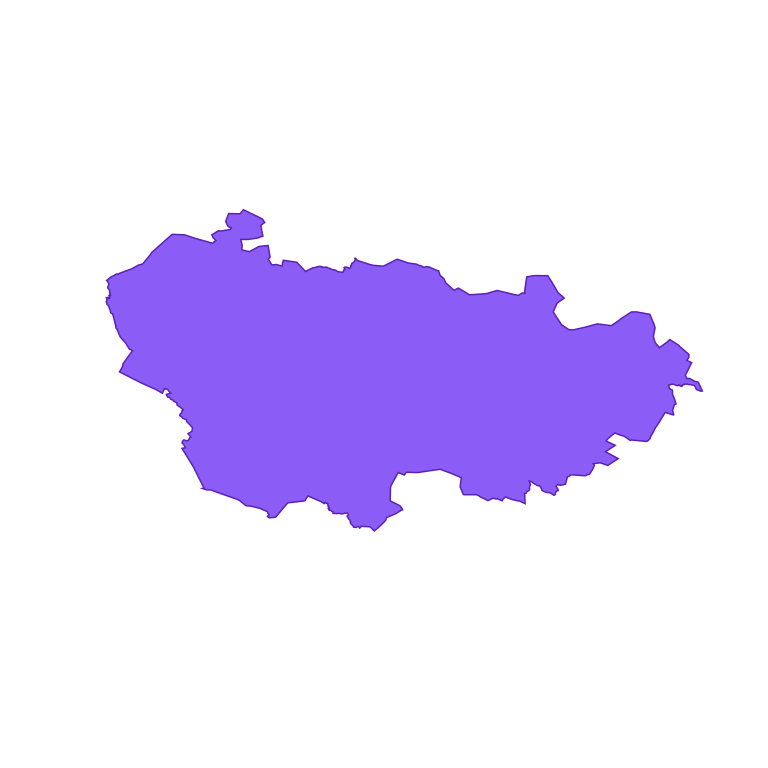 outline of Istras pag., Ludzas, Latvia, rotated 203°
{"feature_id": "27541924B50574350244581", "entity_name": "Istras pag.", "entity_type": "district", "adm_level": 2, "iso_a3": "LVA", "parent_name": "Latvia", "parent_adm1": "Ludzas", "projection": "natural_earth1", "projection_center": [27.965, 56.246], "detail": "fine", "context": "isolated", "style": "filled", "palette": "violet", "viewbox_px": 768, "rotation_deg": 203, "n_neighbors": 0, "source": "geoboundaries", "source_scale": "gbopen_adm2", "svg_char_len": 6140}
<svg xmlns="http://www.w3.org/2000/svg" viewBox="0 0 768 768"><g transform="rotate(203 384 384)"><path d="M510.4,216.9L507.4,217.1L505.6,217.4L502.0,218.8L491.8,219.3L473.9,220.5L471.3,220.3L463.8,218.1L463.1,218.1L458.7,219.6L449.7,221.0L446.9,221.0L441.6,220.9L440.6,219.8L438.8,219.0L438.8,218.7L439.6,216.8L438.2,216.0L436.9,216.2L432.3,218.7L431.6,219.3L427.0,234.4L426.1,237.0L412.2,244.9L411.2,245.7L411.0,245.9L411.0,247.5L410.3,251.3L395.7,251.1L393.9,250.7L393.3,250.9L392.3,250.5L392.0,250.8L392.1,251.5L391.9,252.1L391.5,252.2L390.4,251.7L389.4,252.0L388.9,251.8L388.8,251.1L388.1,250.6L388.0,250.1L387.4,249.8L387.5,249.5L386.6,249.1L386.0,248.6L386.0,248.3L386.7,247.8L386.0,247.4L385.8,246.7L384.8,246.4L384.4,246.7L383.7,246.8L381.9,246.3L380.9,246.5L380.7,246.2L380.6,245.2L380.2,245.1L376.2,246.5L374.7,247.5L373.5,247.5L371.1,248.5L368.8,250.2L367.3,250.7L366.3,250.5L365.9,250.1L365.9,249.1L366.4,248.3L366.2,247.7L364.8,247.0L364.3,246.2L362.0,245.2L361.0,244.1L361.2,243.8L360.7,243.1L359.1,242.0L356.9,241.3L356.4,240.6L355.7,240.4L353.9,240.9L353.3,241.4L352.4,242.8L351.9,242.9L350.1,241.9L349.2,244.0L349.0,244.3L341.2,247.0L340.6,247.0L335.5,244.9L332.4,251.3L329.9,257.0L329.2,259.4L329.6,261.9L322.5,269.2L319.5,273.4L319.0,274.4L317.7,275.5L319.5,276.9L322.0,278.2L332.6,278.8L337.6,291.4L337.8,293.5L337.7,294.6L336.3,308.1L329.8,308.1L328.9,311.5L318.3,315.7L299.2,327.4L286.6,328.0L276.3,328.0L273.7,319.0L267.9,313.4L266.9,313.4L255.7,318.2L253.0,318.2L251.6,317.7L242.7,317.3L239.1,321.4L235.7,322.0L235.2,322.7L229.7,322.6L229.4,324.4L228.0,327.6L224.0,327.5L220.7,327.7L215.2,328.7L213.6,329.2L207.4,329.0L210.8,336.1L210.7,336.2L211.3,336.7L211.5,337.1L211.5,338.0L210.5,339.0L210.3,341.1L209.0,342.4L208.8,343.6L208.9,344.4L209.7,345.5L209.9,348.7L212.5,351.5L209.7,351.7L208.1,351.1L202.8,350.5L201.0,350.9L198.9,350.1L198.5,349.3L197.3,348.1L195.4,347.6L191.3,347.8L189.6,348.6L187.6,348.6L185.6,348.3L184.7,348.0L183.8,348.1L183.2,349.5L183.6,350.3L183.5,352.3L182.9,353.2L181.9,354.0L183.4,355.8L184.6,356.3L185.7,357.2L184.9,359.2L182.1,359.6L177.8,362.7L178.9,370.3L177.4,371.4L176.9,372.7L175.4,373.9L163.2,378.0L162.6,378.4L161.5,379.8L159.6,381.2L158.6,386.8L158.5,391.3L160.2,392.4L154.3,395.9L146.2,396.5L139.3,406.8L153.7,408.2L147.2,417.9L157.3,418.3L156.6,420.9L154.2,425.8L152.3,429.1L146.0,429.3L142.5,429.8L135.3,428.2L134.5,429.1L120.2,433.6L119.1,434.4L117.8,437.6L118.0,439.7L117.4,444.7L117.0,449.9L115.6,457.0L114.1,467.7L105.4,468.6L105.3,469.1L106.3,470.0L108.1,472.8L108.6,478.6L107.4,479.8L111.5,484.6L112.5,485.4L114.3,487.2L115.8,490.5L116.7,491.2L119.4,491.3L121.6,494.2L117.9,496.9L113.5,497.0L112.7,497.4L112.5,498.1L111.9,498.5L110.4,497.8L109.8,498.3L108.9,498.2L108.7,498.6L109.0,499.7L108.4,499.9L107.7,501.2L107.1,501.0L106.6,501.7L105.9,501.8L104.7,502.5L104.0,502.4L100.1,503.6L98.4,503.8L96.8,503.4L94.3,501.0L89.6,501.1L88.2,502.0L95.4,508.4L98.9,507.9L105.3,508.5L106.7,507.3L110.0,509.5L109.1,523.9L114.4,524.0L113.8,527.7L114.8,530.2L115.8,530.7L126.8,534.2L127.8,534.8L138.3,536.6L139.7,533.4L144.6,525.1L150.5,528.0L154.6,532.9L156.4,541.6L158.6,544.3L166.5,552.0L179.9,549.0L184.4,547.0L191.0,537.3L192.9,533.8L197.6,526.5L211.1,522.7L221.0,514.9L231.2,507.6L235.2,506.3L243.7,507.9L256.4,516.5L256.2,526.1L251.7,533.5L259.5,536.1L268.9,543.1L275.5,547.7L287.8,542.6L294.5,538.4L290.7,524.0L289.7,522.6L292.2,521.9L295.0,518.1L299.3,517.2L316.4,514.3L324.5,507.6L327.9,505.7L340.2,499.5L347.2,500.6L353.1,501.3L356.1,497.6L366.6,501.2L370.1,504.4L374.9,506.0L377.9,509.5L381.4,509.2L387.7,509.4L391.2,508.5L392.5,507.2L393.5,506.8L395.6,507.4L397.9,506.9L401.0,507.0L408.7,504.9L420.6,504.0L430.3,492.6L431.3,492.0L440.0,489.1L443.6,488.5L456.3,487.3L459.6,488.6L460.0,488.2L458.7,487.1L459.1,486.1L459.4,484.2L460.7,482.7L460.8,481.4L460.5,480.5L460.8,480.1L460.4,478.2L460.7,476.9L462.6,477.1L464.9,476.8L466.2,475.9L466.3,475.4L465.0,474.4L464.7,473.9L464.8,473.5L465.4,473.3L465.6,472.9L465.4,472.6L465.6,472.4L465.4,471.3L465.7,470.6L470.8,469.3L472.6,469.8L477.9,469.0L478.8,469.3L480.8,469.0L482.3,469.2L485.1,468.0L485.3,467.7L486.8,467.3L486.7,467.6L486.9,467.7L487.8,467.6L489.6,466.9L490.7,466.3L492.6,464.6L495.1,463.0L495.3,462.4L496.1,462.0L496.3,461.5L497.5,460.3L500.1,456.9L511.9,462.0L525.1,458.5L524.0,452.7L529.8,451.9L533.8,449.8L539.3,453.7L538.4,456.3L544.8,466.2L552.8,461.8L559.7,453.2L567.4,451.9L568.5,455.9L572.3,461.1L565.7,463.9L557.8,468.7L553.2,472.8L558.3,480.0L559.2,482.3L556.9,486.1L560.4,488.4L581.5,489.5L583.1,484.4L593.6,480.2L593.3,471.8L589.2,468.1L585.6,468.1L586.0,466.2L593.8,461.1L596.3,460.5L600.7,454.0L598.3,451.8L594.8,450.5L594.7,450.3L596.1,448.4L596.1,447.4L597.1,446.6L614.5,444.3L625.9,443.4L637.5,439.0L649.1,414.5L649.9,410.5L651.9,404.3L652.5,401.8L653.0,400.2L656.3,397.7L661.2,391.5L671.0,382.3L671.5,381.6L671.8,381.0L672.7,381.0L673.3,380.7L674.6,378.7L677.1,376.0L679.8,370.9L678.6,370.4L676.2,368.5L676.1,364.9L675.5,364.3L673.3,363.1L672.4,361.2L671.6,360.7L671.5,360.1L671.7,359.9L671.7,359.5L670.3,358.8L670.6,358.3L671.6,357.9L671.0,357.3L671.1,356.8L670.4,356.7L670.1,356.2L670.0,355.9L670.3,355.4L670.7,355.2L672.6,355.5L673.2,354.8L671.6,352.7L671.8,351.2L670.8,350.2L670.2,349.2L668.3,348.4L667.5,347.7L664.7,344.7L663.7,343.1L662.5,342.5L661.3,342.6L658.5,339.2L654.7,334.0L653.7,333.5L653.9,333.0L652.5,330.7L650.5,329.7L648.2,327.1L645.2,324.3L637.7,320.7L632.2,316.7L628.5,316.4L631.9,301.9L632.1,300.9L631.7,298.5L631.6,296.1L632.3,291.8L607.5,290.1L592.0,289.8L584.4,288.9L584.2,293.9L581.0,294.5L579.7,293.5L576.8,292.2L580.3,289.4L578.1,287.5L576.6,287.7L575.4,287.5L574.3,286.6L572.2,286.8L571.0,286.0L567.5,285.8L566.3,283.8L561.7,282.8L558.7,281.7L559.5,280.6L559.0,279.0L559.7,277.2L559.8,275.5L559.6,275.0L558.4,275.0L557.2,274.6L556.0,273.9L552.1,273.9L551.0,272.4L543.3,269.0L542.3,265.4L545.0,261.7L541.0,259.7L541.8,258.7L542.1,255.9L542.6,255.1L543.6,254.6L546.2,254.4L546.6,254.1L547.0,253.2L547.1,251.4L546.9,251.0L544.6,249.9L542.0,247.7L544.8,245.8L526.9,233.1L518.2,225.6L509.1,217.9L510.4,216.9Z" fill="#8b5cf6" stroke="#5b21b6" stroke-width="1.5"/></g></svg>